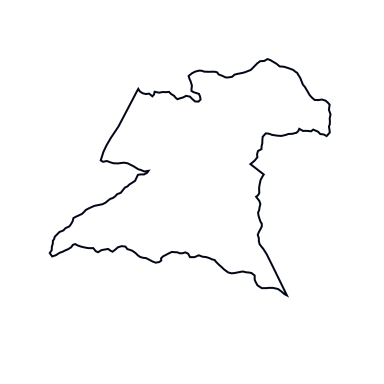 Ipu, Ceará, Brazil, rotated 80°
{"feature_id": "56859067B13578671451293", "entity_name": "Ipu", "entity_type": "district", "adm_level": 2, "iso_a3": "BRA", "parent_name": "Brazil", "parent_adm1": "Ceará", "projection": "natural_earth1", "projection_center": [-40.662, -4.382], "detail": "fine", "context": "isolated", "style": "outline", "palette": "ink", "viewbox_px": 384, "rotation_deg": 80, "n_neighbors": 0, "source": "geoboundaries", "source_scale": "gbopen_adm2", "svg_char_len": 3634}
<svg xmlns="http://www.w3.org/2000/svg" viewBox="0 0 384 384"><g transform="rotate(80 192 192)"><path d="M81.1,227.0L83.8,229.2L88.8,233.0L95.0,237.8L114.8,253.1L124.6,262.5L131.1,268.0L137.0,272.2L145.0,276.4L146.8,274.4L146.7,270.5L148.5,267.4L150.0,264.5L151.0,260.0L151.1,257.4L151.3,254.0L152.5,250.5L154.5,247.8L156.5,245.1L158.4,243.0L160.2,241.1L161.4,238.6L163.5,235.4L163.6,231.2L165.3,232.9L166.4,236.3L165.8,239.1L165.7,242.3L171.1,246.1L172.4,249.1L173.8,252.5L175.3,254.6L176.0,257.3L178.2,259.8L180.4,262.3L181.2,266.2L183.0,268.5L184.2,271.1L184.6,273.8L185.9,276.2L187.5,279.0L188.5,282.3L188.6,286.0L188.7,290.6L190.2,296.5L191.3,299.8L193.0,301.9L194.5,304.2L195.6,308.3L196.3,311.0L197.1,313.3L200.2,314.7L202.6,316.7L204.6,318.8L205.6,322.8L207.5,325.3L208.4,329.6L210.6,332.6L212.2,334.9L214.3,335.9L216.1,337.6L218.3,337.9L221.8,339.6L225.0,340.3L227.4,342.7L231.2,340.9L230.6,337.0L228.9,333.0L228.4,329.9L227.5,327.0L226.9,324.2L225.5,320.7L223.4,318.5L223.0,316.1L224.7,314.0L226.4,311.0L228.0,307.3L229.3,303.7L230.1,299.0L233.5,297.1L235.0,295.0L233.5,291.2L233.5,287.4L233.5,284.5L235.6,282.5L237.0,280.6L235.4,277.5L233.6,274.6L233.1,270.7L234.2,267.0L237.0,265.6L238.2,263.2L239.5,261.0L242.2,258.3L245.1,256.2L247.0,254.3L248.3,251.6L249.1,248.8L251.1,246.1L253.6,242.9L255.3,240.0L255.3,236.5L254.2,234.2L252.0,234.0L250.4,231.8L249.2,228.0L248.3,225.1L247.5,222.3L248.3,219.3L248.9,216.8L250.2,214.8L250.7,212.1L250.3,209.1L252.1,206.5L255.8,205.3L256.6,200.8L255.5,196.3L257.5,193.0L258.6,189.3L260.2,186.2L261.9,183.9L262.8,181.6L265.2,180.3L268.7,177.8L271.4,175.6L273.4,174.2L275.3,172.5L277.6,170.2L279.0,167.0L279.2,164.0L279.1,160.1L279.1,155.8L280.5,152.6L281.1,150.2L282.1,147.5L285.1,144.8L289.4,145.5L291.8,144.9L295.3,143.7L298.8,140.0L299.6,135.3L299.8,132.5L300.4,129.2L301.4,126.7L302.5,124.1L305.4,121.3L308.6,118.7L310.3,116.5L282.1,124.6L266.1,129.3L260.1,131.8L257.9,133.1L255.1,134.5L252.2,134.7L248.9,134.2L245.6,134.7L242.9,133.0L240.8,131.3L238.0,129.2L235.2,128.8L233.2,129.7L230.0,130.2L226.7,130.6L223.7,130.5L221.7,129.1L218.5,128.0L215.8,126.8L212.6,127.2L209.9,128.6L207.8,129.7L206.7,127.6L204.9,126.0L202.2,125.6L199.2,125.1L196.4,124.1L194.1,123.2L192.0,122.3L189.2,120.1L187.2,118.3L174.7,129.6L173.5,127.4L171.9,124.8L169.2,121.6L166.2,121.4L163.1,119.9L161.8,116.1L158.8,115.5L156.6,114.4L153.2,113.7L149.9,112.8L147.1,109.2L147.9,106.2L149.7,103.1L151.3,98.3L152.3,94.3L152.1,90.0L151.6,86.9L152.1,83.4L151.8,78.8L150.5,76.8L148.4,75.4L151.1,72.1L151.8,68.1L152.9,64.1L151.6,61.8L154.5,57.4L157.2,55.6L158.2,52.3L160.3,49.7L157.4,46.0L154.2,45.8L151.4,45.8L149.4,44.6L146.9,44.0L143.4,43.6L139.7,42.1L134.8,42.9L129.9,41.3L127.9,42.5L125.3,44.5L123.5,48.0L123.4,51.7L122.6,55.3L119.6,57.7L117.0,59.3L113.7,60.5L110.7,61.6L107.9,62.7L105.7,64.1L101.9,64.9L98.4,65.6L95.3,66.9L93.0,67.7L91.3,69.5L89.3,71.2L87.0,75.1L84.7,79.5L83.5,83.9L80.5,86.4L78.7,88.5L75.5,92.2L74.2,94.7L75.5,98.1L75.0,102.1L76.6,105.3L82.0,112.9L82.5,115.3L83.3,119.3L83.5,122.3L83.6,127.1L83.8,129.7L85.5,132.5L85.5,136.6L85.0,139.0L82.9,141.9L80.9,145.3L78.5,146.5L77.5,148.7L76.8,152.9L76.4,155.4L75.5,159.3L74.3,161.3L73.7,163.8L74.0,168.0L75.1,171.5L77.2,175.2L80.3,174.8L82.5,174.2L87.2,173.6L90.1,174.5L92.3,175.0L93.9,173.2L95.2,170.8L96.6,168.1L99.3,167.5L102.4,167.5L104.1,169.9L103.4,173.2L100.3,175.7L97.7,177.5L96.3,181.1L97.4,184.7L97.6,187.3L98.1,190.2L96.3,191.8L94.2,192.9L91.9,195.5L89.4,197.3L89.2,200.0L88.4,203.9L88.5,207.1L86.8,211.4L89.4,212.5L90.9,214.4L87.7,217.1L87.5,220.5L86.2,223.4L83.9,225.9L81.1,227.0Z" fill="none" stroke="#020617" stroke-width="2"/></g></svg>